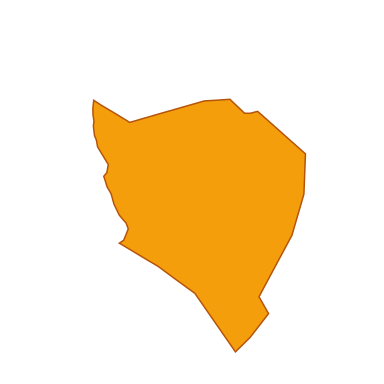 Francisco Macedo, Piauí, Brazil (orthographic projection), rotated 126°
{"feature_id": "56859067B83618193762554", "entity_name": "Francisco Macedo", "entity_type": "district", "adm_level": 2, "iso_a3": "BRA", "parent_name": "Brazil", "parent_adm1": "Piauí", "projection": "orthographic", "projection_center": [-40.779, -7.331], "detail": "fine", "context": "isolated", "style": "filled", "palette": "amber", "viewbox_px": 384, "rotation_deg": 126, "n_neighbors": 0, "source": "geoboundaries", "source_scale": "gbopen_adm2", "svg_char_len": 746}
<svg xmlns="http://www.w3.org/2000/svg" viewBox="0 0 384 384"><g transform="rotate(126 192 192)"><path d="M94.5,122.6L89.1,176.7L88.2,186.3L94.2,191.3L97.4,195.8L94.7,215.8L103.0,225.7L111.0,235.5L117.4,240.5L147.8,264.3L172.3,283.3L173.7,301.3L175.1,316.0L175.6,325.4L182.7,321.3L187.7,317.5L192.5,312.8L196.6,310.6L203.7,304.0L206.2,299.9L211.0,294.9L219.0,275.9L226.3,272.3L231.2,272.6L233.9,268.8L237.7,263.8L241.0,256.4L247.6,248.1L253.4,237.4L254.8,231.9L255.8,227.2L259.3,221.9L265.4,220.3L271.1,218.9L276.1,220.7L273.2,187.2L272.1,176.1L272.3,153.9L272.3,137.8L272.3,130.1L295.8,62.9L275.3,59.5L245.4,58.6L237.4,76.2L227.5,77.6L168.3,85.7L128.0,100.2L114.8,109.0L94.5,122.6Z" fill="#f59e0b" stroke="#b45309" stroke-width="1.5"/></g></svg>